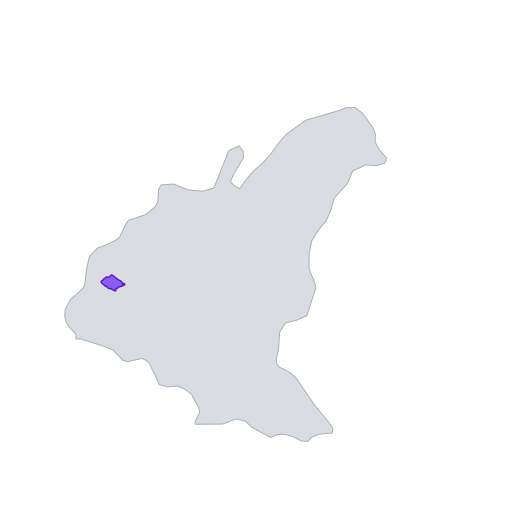 location of Laguna Salada, Valverde, Dominican Republic, rotated 297°
{"feature_id": "3306468B11652899938830", "entity_name": "Laguna Salada", "entity_type": "district", "adm_level": 2, "iso_a3": "DOM", "parent_name": "Dominican Republic", "parent_adm1": "Valverde", "projection": "equal_earth", "projection_center": [-71.094, 19.659], "detail": "fine", "context": "in_parent", "style": "filled", "palette": "violet", "viewbox_px": 512, "rotation_deg": 297, "n_neighbors": 0, "source": "geoboundaries", "source_scale": "gbopen_adm2", "svg_char_len": 4029}
<svg xmlns="http://www.w3.org/2000/svg" viewBox="0 0 512 512"><g transform="rotate(297 256 256)"><path d="M101.0,351.5L101.5,330.0L104.1,321.3L101.7,312.2L91.0,302.4L84.5,289.8L78.7,278.7L80.0,277.1L91.6,276.6L95.7,272.6L103.6,261.2L105.2,252.0L104.5,245.1L99.4,236.8L97.5,228.1L103.8,220.5L112.0,209.5L113.1,205.2L113.0,201.0L103.4,189.3L102.7,184.3L107.2,171.6L106.8,163.3L102.4,137.1L100.3,133.2L104.6,131.0L107.4,123.2L111.1,116.3L116.1,112.6L121.7,110.2L132.9,110.4L148.4,116.5L152.8,116.4L167.6,110.9L180.0,107.8L191.6,111.3L196.3,116.0L205.9,123.5L210.7,125.8L225.8,125.6L230.0,126.3L242.7,138.7L253.4,143.6L259.6,143.9L270.8,139.1L276.3,139.2L282.7,149.9L284.0,165.0L289.3,178.8L297.4,187.6L337.5,183.9L346.5,191.1L343.4,197.1L337.8,200.3L318.7,198.9L310.4,199.6L308.7,205.6L308.7,211.1L319.9,212.5L330.8,215.3L342.0,219.7L353.3,222.8L366.1,224.7L378.7,227.9L399.7,238.8L423.0,263.6L429.2,269.2L433.3,277.0L431.4,286.5L423.2,302.2L418.6,307.2L411.8,310.3L407.1,316.7L402.6,327.7L399.9,328.6L396.6,328.2L391.0,321.9L387.0,312.4L375.7,303.5L362.4,304.6L342.8,299.3L331.0,301.9L319.1,302.5L306.9,299.8L294.7,298.8L282.5,302.2L270.7,307.9L266.4,311.6L258.8,320.5L254.8,323.8L226.0,328.3L217.7,321.8L210.0,312.8L199.0,311.6L182.9,318.5L172.9,321.0L168.8,324.0L167.6,327.4L167.6,339.9L165.3,347.5L149.6,376.2L140.8,396.5L137.2,402.8L133.0,404.2L125.3,392.5L120.3,388.3L114.3,386.2L111.7,380.0L111.8,371.1L110.2,362.6L106.5,355.9L101.0,351.5Z" fill="#d9dde1" stroke="#a8b0b8" stroke-width="1"/><path d="M160.8,145.6L161.0,146.1L161.2,146.5L161.3,146.7L161.4,146.8L161.5,146.8L161.7,146.7L162.0,146.6L162.2,146.4L162.3,146.1L162.4,145.9L162.5,145.9L162.8,146.1L163.1,146.1L163.4,146.2L163.6,146.2L163.7,146.3L163.8,146.4L163.9,146.5L164.0,146.7L164.1,146.9L164.1,147.0L164.3,147.2L164.5,147.3L165.1,147.3L165.4,147.4L165.5,147.4L165.8,147.6L166.0,147.7L166.2,147.9L166.4,148.2L166.6,148.3L166.8,148.5L167.1,148.8L167.2,149.1L167.3,149.3L167.5,149.4L167.8,149.6L168.2,150.0L168.3,150.1L168.4,150.3L168.5,150.5L168.8,150.8L169.0,150.8L169.1,150.7L169.4,150.4L169.5,150.3L169.8,150.3L170.0,150.3L170.2,150.5L170.3,150.7L170.3,150.8L170.3,151.1L170.3,151.6L170.3,151.8L170.4,152.0L170.5,152.0L170.8,152.1L171.1,151.9L171.1,151.7L171.3,151.5L171.4,151.4L171.5,151.4L171.5,150.7L171.4,150.2L171.3,149.7L171.2,149.5L171.2,149.3L171.3,149.2L171.5,148.6L171.6,148.4L171.7,148.2L172.0,147.8L172.2,147.6L172.2,147.4L172.3,147.3L172.3,147.1L172.3,146.7L172.3,144.1L172.3,143.8L172.4,143.6L172.4,143.4L172.5,143.0L172.6,142.8L172.6,142.7L172.6,142.2L172.7,141.8L172.8,141.6L172.9,141.4L172.9,141.1L172.9,140.5L172.9,140.2L173.0,140.0L173.1,139.7L173.2,139.4L173.4,139.0L173.4,138.8L173.5,138.7L173.5,137.7L173.5,137.4L173.6,137.2L173.7,136.8L173.7,136.7L173.7,136.3L173.6,136.1L173.4,135.7L173.1,135.6L172.9,135.6L172.6,135.4L172.4,135.3L172.0,135.3L171.8,135.2L171.7,135.2L171.4,135.0L171.0,134.9L170.9,134.8L170.6,134.6L170.3,134.5L170.2,134.4L170.0,134.1L169.9,133.9L169.8,133.6L169.7,133.3L169.7,133.1L169.5,132.7L169.4,132.2L169.2,132.0L168.9,131.9L168.6,131.7L168.3,131.6L167.7,131.6L167.4,131.5L167.1,131.3L166.9,131.2L166.6,130.9L166.3,130.8L166.1,130.6L165.9,130.5L165.6,130.5L165.0,130.5L164.8,130.5L164.7,130.4L164.2,130.0L164.0,129.9L163.9,129.8L163.7,129.7L163.0,129.7L162.8,129.7L162.7,129.8L162.4,130.0L162.2,130.2L162.1,130.4L162.0,130.6L161.9,130.9L161.8,131.2L161.7,131.5L161.5,131.9L161.5,132.0L161.4,132.2L161.4,132.7L161.4,132.9L161.3,133.0L161.2,133.4L161.2,133.6L161.1,133.9L161.1,134.4L161.1,134.7L161.1,134.8L161.0,135.0L160.7,135.4L160.6,135.6L160.6,135.8L160.6,136.1L160.7,136.3L160.8,136.5L161.0,136.9L161.1,137.0L161.1,137.4L161.0,137.5L160.8,138.0L160.7,138.1L160.5,138.3L160.4,138.5L160.3,138.9L160.3,139.1L160.3,139.4L160.3,139.8L160.3,140.1L160.3,140.3L160.5,140.6L160.9,141.1L161.0,141.3L161.1,141.5L161.1,141.9L161.1,142.0L160.9,142.6L160.9,142.9L160.9,143.2L160.9,143.4L160.9,143.6L161.0,143.8L161.0,144.0L160.9,144.5L160.8,145.0L160.8,145.6Z" fill="#8b5cf6" stroke="#5b21b6" stroke-width="1.5"/></g></svg>